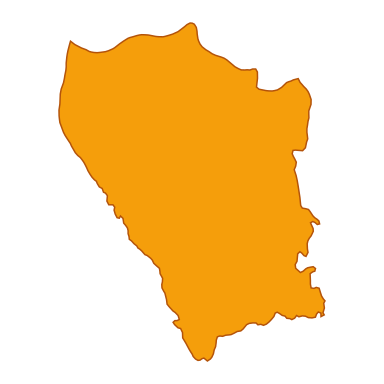 Paranapanema, São Paulo, Brazil (Equal Earth projection)
{"feature_id": "56859067B66174710911505", "entity_name": "Paranapanema", "entity_type": "district", "adm_level": 2, "iso_a3": "BRA", "parent_name": "Brazil", "parent_adm1": "São Paulo", "projection": "equal_earth", "projection_center": [-48.774, -23.455], "detail": "fine", "context": "isolated", "style": "filled", "palette": "amber", "viewbox_px": 384, "rotation_deg": 0, "n_neighbors": 0, "source": "geoboundaries", "source_scale": "gbopen_adm2", "svg_char_len": 3831}
<svg xmlns="http://www.w3.org/2000/svg" viewBox="0 0 384 384"><path d="M298.2,78.6L293.3,79.9L291.1,81.0L288.8,81.7L286.6,82.6L281.6,87.4L277.5,89.9L274.6,90.6L272.2,91.0L268.7,90.9L265.9,90.6L259.0,89.2L256.5,87.1L256.9,83.4L257.5,78.3L257.4,72.0L255.7,69.0L252.7,69.0L249.9,70.0L247.1,69.8L244.8,70.0L241.2,69.9L238.3,68.6L235.0,66.8L226.8,59.9L224.1,58.2L221.3,57.1L215.5,55.3L212.2,53.8L208.8,51.5L205.9,49.8L202.1,46.8L200.0,44.0L198.7,41.2L197.9,38.8L197.2,34.1L197.0,31.2L196.3,27.4L194.3,24.2L192.3,23.2L190.1,23.0L187.0,24.6L184.7,26.6L178.0,31.7L172.7,34.1L168.6,35.4L165.0,36.4L163.0,36.8L158.2,36.7L155.5,36.4L150.4,35.4L148.2,35.0L144.9,34.8L141.7,34.7L139.4,35.0L136.8,35.6L132.8,36.8L130.1,37.5L128.0,38.3L125.6,39.8L123.7,41.0L119.8,43.7L114.7,47.7L112.9,48.8L108.6,50.7L105.4,51.7L100.2,52.4L97.1,52.7L94.0,52.5L91.1,52.0L89.1,51.4L86.1,49.7L81.5,48.0L74.9,44.6L70.5,41.2L69.7,44.0L68.0,50.5L67.3,53.9L66.8,57.2L66.2,63.0L66.2,67.0L65.9,70.2L64.9,75.3L64.4,78.5L63.5,82.8L61.2,89.1L60.3,94.0L59.9,104.0L59.0,110.1L59.1,115.8L59.4,118.9L59.9,122.6L61.6,127.2L63.5,132.3L65.1,135.4L67.8,139.6L70.4,143.5L71.4,145.9L73.2,149.0L75.3,152.7L77.8,155.5L80.3,157.5L82.4,160.2L83.9,162.4L85.3,165.0L86.5,167.4L88.0,170.8L90.0,174.2L92.1,177.3L94.4,179.8L96.4,181.3L97.3,183.6L99.3,186.9L102.2,188.5L103.5,192.2L105.5,193.1L107.4,195.7L106.9,201.1L108.8,204.8L112.9,204.8L114.7,207.1L114.1,210.2L115.2,214.0L117.1,217.7L119.3,218.2L120.5,216.0L123.0,218.4L123.7,223.1L125.5,225.2L127.4,227.9L128.1,230.6L128.1,233.7L129.0,236.5L129.3,239.3L131.5,240.9L134.0,243.7L136.8,245.9L137.9,248.0L139.7,249.1L141.7,250.9L144.9,254.6L147.2,255.5L150.6,258.2L152.3,260.1L153.8,263.3L156.5,265.8L159.4,268.3L159.9,271.1L160.1,273.7L162.6,278.3L162.4,281.9L161.8,284.5L162.0,287.9L163.6,291.0L164.9,293.1L166.5,299.5L167.1,304.2L169.3,306.9L172.9,310.9L175.2,312.5L178.1,315.5L179.3,319.5L177.0,320.6L174.9,320.6L173.1,322.3L174.6,324.6L178.0,327.8L180.6,328.5L182.5,332.5L182.7,337.9L184.4,340.7L186.0,343.4L189.1,349.2L190.7,351.9L192.2,354.2L193.2,356.5L195.5,359.0L198.0,360.4L200.1,360.1L202.0,358.7L203.9,358.1L207.4,361.0L210.4,359.0L211.9,357.1L213.4,353.8L214.2,349.9L215.6,346.6L216.1,342.9L216.3,340.1L217.4,336.8L219.7,336.0L222.7,336.3L225.7,335.2L229.1,334.9L231.1,334.6L234.1,333.2L237.2,331.5L240.8,330.9L243.1,329.0L246.6,324.7L249.2,323.4L252.9,322.9L256.1,323.0L257.9,324.8L260.8,324.3L263.5,325.3L266.4,324.1L269.1,321.9L271.5,319.4L273.9,316.5L275.2,313.1L277.2,312.2L279.4,313.4L282.2,315.4L285.0,316.1L286.8,318.3L289.9,318.6L291.8,319.6L294.6,318.2L296.6,315.5L298.9,316.8L302.3,315.9L305.5,316.2L308.3,317.6L312.0,317.9L315.4,317.2L316.6,314.0L318.3,312.0L320.9,313.1L321.0,316.6L324.2,314.9L323.0,312.7L324.4,308.0L323.7,303.2L325.0,300.9L323.3,298.9L321.5,295.9L320.3,292.1L319.1,288.2L316.2,287.4L314.0,288.4L311.1,287.9L310.4,284.1L310.4,280.6L310.1,273.7L312.8,271.8L314.8,271.2L315.5,268.5L313.2,266.7L310.3,267.2L307.6,267.8L305.7,268.9L303.2,271.2L300.4,272.5L297.8,270.2L295.7,268.3L295.2,264.6L297.0,261.3L297.7,253.8L299.9,251.7L301.8,253.1L304.0,255.6L306.0,256.4L308.0,252.4L307.4,248.9L307.2,243.7L307.9,240.8L309.3,238.2L311.1,235.9L312.2,233.6L313.3,231.2L313.1,228.5L310.5,222.8L312.8,221.5L315.0,222.5L317.3,224.5L319.6,223.9L318.9,221.0L317.2,219.4L314.7,217.7L312.8,215.7L310.1,211.6L308.5,209.5L305.7,208.7L302.3,208.1L300.7,205.5L299.9,197.5L298.2,186.4L297.2,180.5L296.1,175.5L294.2,169.7L295.7,166.1L296.3,162.2L294.6,158.7L293.4,156.5L292.2,153.8L293.0,150.4L295.5,150.1L297.7,150.3L302.6,150.7L305.4,147.8L306.6,142.0L307.7,138.9L307.3,135.3L306.9,132.3L306.9,128.7L307.5,125.1L308.0,121.4L308.9,117.9L308.8,114.1L308.8,110.9L311.0,104.4L311.1,99.5L309.3,94.2L308.0,91.5L306.2,89.0L303.6,86.4L302.0,84.5L300.1,82.4L298.2,78.6Z" fill="#f59e0b" stroke="#b45309" stroke-width="1.5"/></svg>